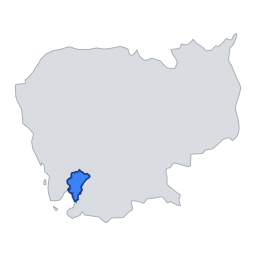 Srae Ambel, Kaôh Kong, Cambodia (highlighted)
{"feature_id": "14789045B17636878370616", "entity_name": "Srae Ambel", "entity_type": "district", "adm_level": 2, "iso_a3": "KHM", "parent_name": "Cambodia", "parent_adm1": "Kaôh Kong", "projection": "orthographic", "projection_center": [103.727, 11.257], "detail": "fine", "context": "in_parent", "style": "filled", "palette": "blue", "viewbox_px": 256, "rotation_deg": 0, "n_neighbors": 0, "source": "geoboundaries", "source_scale": "gbopen_adm2", "svg_char_len": 6239}
<svg xmlns="http://www.w3.org/2000/svg" viewBox="0 0 256 256"><path d="M236.1,33.4L236.8,35.8L235.1,40.4L233.3,44.6L229.8,48.2L229.6,50.9L228.5,58.8L229.0,61.3L229.9,63.5L231.1,64.6L234.3,72.4L237.2,79.4L240.1,85.2L240.6,88.9L238.2,98.2L235.4,106.8L235.7,111.0L237.0,115.3L238.5,121.0L239.1,128.2L238.4,133.0L237.1,135.9L234.6,139.0L232.3,140.6L229.6,138.0L227.5,137.9L224.6,138.8L222.3,140.0L217.7,144.5L212.7,148.8L205.6,150.0L202.8,153.2L199.9,153.7L194.2,153.9L190.6,154.7L190.8,156.3L190.5,163.9L190.6,165.7L190.1,166.2L187.5,166.4L183.2,165.3L177.3,163.5L173.2,163.2L171.1,166.5L169.8,167.8L168.2,168.0L166.6,168.6L166.0,170.1L165.9,172.0L166.7,175.1L167.1,180.2L166.9,183.6L168.4,185.7L177.4,193.0L180.1,194.8L180.4,195.8L178.8,199.8L180.3,205.4L177.5,205.3L172.8,202.9L170.5,201.5L167.8,202.7L166.9,202.5L165.0,199.7L162.6,197.0L160.2,196.8L155.0,197.9L149.6,198.7L147.6,198.7L146.8,199.2L143.7,203.4L142.4,202.7L137.0,201.2L132.1,200.6L131.1,201.7L131.7,205.1L132.8,208.4L132.2,209.8L129.5,211.5L126.0,214.7L123.8,217.1L122.3,217.7L116.8,217.7L111.4,218.0L109.3,220.3L107.3,222.1L105.5,222.6L98.4,216.9L84.4,214.9L82.9,212.4L81.5,211.9L80.2,215.2L72.5,218.4L69.3,216.5L67.0,214.2L67.3,211.3L69.5,209.0L73.4,207.4L75.1,201.6L72.2,194.2L69.7,192.1L67.0,190.4L64.1,193.1L61.8,197.8L59.3,200.2L55.8,200.8L50.6,200.6L48.6,193.6L48.0,187.5L48.7,180.7L49.5,176.6L44.6,171.0L44.3,165.6L41.9,162.9L41.2,164.2L41.3,165.8L40.6,164.7L32.9,149.0L31.6,141.7L33.0,136.1L33.8,134.2L31.5,131.3L28.4,127.9L22.8,123.5L22.5,116.5L21.3,108.4L19.6,105.6L17.1,100.5L15.8,96.4L15.4,85.3L16.1,84.4L20.0,84.1L25.1,83.4L25.9,81.6L25.0,80.1L28.2,77.6L32.9,72.2L36.4,66.5L39.0,62.9L40.6,59.3L45.8,54.2L52.9,50.7L57.8,49.9L62.8,48.7L67.7,47.0L70.0,46.9L76.0,48.9L79.2,49.5L82.6,49.4L86.2,49.6L89.3,49.4L96.6,48.0L104.4,49.1L111.4,48.2L120.0,46.5L124.3,47.5L128.1,49.2L128.7,52.5L129.6,54.1L130.9,55.2L132.6,55.2L134.8,52.9L136.6,50.4L137.2,50.0L137.3,51.2L138.2,53.8L139.9,56.4L141.6,58.1L144.4,60.3L146.2,60.4L152.1,58.2L160.9,61.3L162.0,62.9L164.9,66.0L168.0,68.3L174.9,68.4L177.3,62.7L176.1,59.3L172.1,53.4L171.0,49.9L172.2,49.3L178.9,48.6L180.0,47.9L181.4,44.0L183.2,44.4L186.9,44.9L190.8,42.2L193.0,39.4L194.3,40.7L195.7,42.6L197.2,43.7L200.1,45.4L203.2,47.7L205.1,50.0L206.7,50.8L210.6,50.2L211.7,50.2L214.0,47.4L215.6,45.9L216.9,46.3L218.9,46.2L223.0,42.6L225.3,39.4L226.6,38.5L230.3,40.0L231.8,39.7L233.8,35.2L236.1,33.4ZM46.0,184.3L45.3,184.7L44.5,184.7L43.8,184.0L43.9,181.5L44.4,180.0L45.7,179.7L46.0,184.3ZM57.7,209.1L56.1,210.8L53.6,207.3L53.7,206.4L57.7,209.1Z" fill="#d9dde1" stroke="#a8b0b8" stroke-width="1"/><path d="M79.3,169.7L79.1,169.8L79.0,170.0L78.9,170.5L78.8,170.8L78.7,170.9L78.6,171.2L78.5,171.3L78.4,171.5L78.2,171.6L78.1,171.8L77.9,171.9L77.7,172.0L77.4,172.2L77.2,172.1L77.1,171.8L76.8,171.8L76.3,171.6L76.0,171.6L75.6,171.7L75.5,171.8L75.4,171.9L75.2,172.1L74.9,172.2L74.8,172.4L74.4,172.7L74.4,172.8L73.7,172.5L73.4,172.5L73.2,172.6L72.8,172.7L72.6,172.6L72.2,172.7L71.9,172.8L71.8,173.0L71.9,173.3L71.7,173.5L71.5,173.9L71.4,173.8L71.3,174.0L71.2,174.3L71.1,174.8L71.2,175.3L71.4,175.7L71.3,175.8L71.3,176.0L71.2,176.1L71.2,176.3L71.2,176.5L71.3,176.5L71.5,176.7L71.6,176.8L71.7,177.1L71.4,177.3L71.4,177.7L71.2,177.8L71.1,177.7L71.1,177.8L70.8,178.0L70.8,177.9L70.7,177.9L70.6,178.1L70.4,178.1L70.2,178.1L70.1,178.3L69.9,178.5L69.8,178.4L69.7,178.3L69.4,178.3L69.1,178.5L68.8,178.6L68.9,178.9L68.8,179.1L68.7,179.1L68.5,179.4L68.0,179.7L67.8,179.9L67.7,180.0L67.2,180.3L67.3,180.5L67.2,180.6L67.2,181.4L67.3,181.4L67.4,181.5L67.1,182.0L67.4,182.2L67.5,182.3L67.4,182.8L67.5,183.5L68.0,184.1L68.2,184.3L68.7,184.5L69.2,185.0L69.4,185.2L69.6,185.2L69.9,185.4L70.0,185.6L70.0,185.8L69.9,186.9L69.7,187.1L69.7,187.4L69.6,187.5L69.7,187.8L69.6,187.7L69.6,187.8L69.6,188.0L69.5,188.4L69.7,188.5L69.8,188.7L70.1,188.7L70.0,188.8L69.9,188.8L70.1,188.8L70.1,189.0L69.8,189.1L69.7,189.1L69.5,189.3L69.6,189.5L69.4,189.7L69.3,189.8L69.2,189.8L69.2,189.6L69.1,189.8L68.9,189.7L68.7,189.7L68.4,189.7L68.3,189.4L68.5,189.3L68.4,189.2L68.1,189.4L68.1,189.1L67.9,189.3L67.9,189.5L67.9,189.8L68.0,190.0L68.3,190.3L68.4,190.6L68.6,190.8L68.7,191.2L68.9,191.5L69.0,191.7L69.4,192.3L69.5,192.5L69.9,192.8L70.5,193.1L70.8,192.9L71.0,192.9L71.7,193.1L72.2,193.4L72.3,193.4L72.5,193.3L72.4,193.7L72.5,193.8L72.5,194.2L72.1,194.5L71.9,194.5L72.0,194.7L72.1,194.8L72.2,195.0L72.3,195.2L72.5,195.4L72.6,195.5L72.7,195.8L72.6,196.0L72.7,196.5L72.6,196.8L72.4,196.9L73.0,197.8L73.5,198.6L73.6,198.8L73.5,199.0L73.8,199.3L73.9,199.5L74.2,200.2L74.4,201.0L74.6,200.9L74.8,200.8L74.7,200.9L74.7,201.1L74.9,201.2L75.0,201.4L75.3,201.4L75.3,201.1L75.5,201.0L75.8,201.4L75.8,201.2L76.2,200.9L76.2,200.7L76.3,200.6L76.5,200.6L76.5,200.4L76.3,200.5L76.4,200.4L76.5,200.3L76.6,200.2L76.8,200.2L77.0,200.1L77.0,199.9L77.3,199.9L77.4,199.7L77.5,199.7L77.8,199.7L78.0,199.7L78.3,199.5L78.3,199.4L78.1,198.8L78.1,198.7L78.1,198.0L78.2,197.7L78.1,197.1L78.0,196.6L77.9,195.7L78.1,195.0L78.4,194.7L78.6,194.7L79.3,194.4L79.5,194.3L79.7,194.0L79.9,193.7L80.2,193.6L80.5,193.7L80.6,193.4L80.3,193.3L80.5,193.2L80.5,192.9L80.3,192.9L80.4,193.0L80.2,193.0L80.2,192.6L80.7,192.3L81.0,191.9L81.0,191.7L81.3,191.4L81.2,191.2L81.4,191.1L81.6,190.8L81.6,190.7L81.4,190.5L81.5,190.4L81.9,190.0L82.0,190.1L82.2,189.9L82.2,189.7L82.0,189.3L81.8,189.2L81.7,188.9L81.7,188.7L81.6,188.3L81.5,188.0L81.4,188.0L81.4,187.8L81.2,187.6L81.1,187.4L80.7,187.1L80.8,186.9L80.8,187.0L81.1,186.9L81.4,186.5L81.4,186.3L81.6,186.3L81.7,186.0L81.6,185.7L81.8,185.4L82.0,185.4L82.3,185.1L82.1,185.0L82.1,184.8L82.2,184.7L82.6,184.6L82.8,184.4L82.9,184.1L82.8,183.8L82.9,183.6L84.9,181.3L86.0,179.8L86.5,179.3L86.9,179.1L88.9,177.7L89.1,177.5L89.1,177.2L89.4,177.0L89.7,176.9L89.8,176.8L89.9,176.7L89.8,176.2L89.6,175.7L89.4,175.1L89.0,175.0L88.9,175.1L88.7,175.1L88.4,174.9L88.2,174.8L87.9,174.3L87.8,174.1L87.2,173.6L86.9,173.6L86.3,173.9L86.2,173.7L85.9,173.8L85.3,174.2L85.1,174.1L84.9,174.1L84.4,174.2L84.2,173.9L84.1,173.6L83.9,173.3L83.5,173.3L83.5,172.9L83.4,172.7L83.0,172.4L82.3,172.3L82.0,171.9L81.8,172.0L81.3,171.8L81.2,171.6L81.2,171.4L80.7,171.0L80.4,170.9L80.3,170.7L80.1,170.7L79.9,170.3L79.9,170.2L79.6,170.1L79.3,169.7Z" fill="#3b82f6" stroke="#1e3a8a" stroke-width="1.5"/></svg>